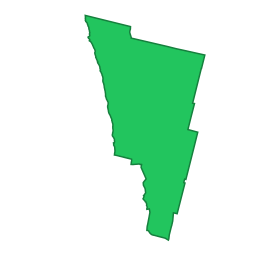 outline of Wanneroo, Western Australia, Australia, rotated 14°
{"feature_id": "25037944B9363307042095", "entity_name": "Wanneroo", "entity_type": "district", "adm_level": 2, "iso_a3": "AUS", "parent_name": "Australia", "parent_adm1": "Western Australia", "projection": "mercator", "projection_center": [115.695, -31.653], "detail": "fine", "context": "isolated", "style": "filled", "palette": "green", "viewbox_px": 256, "rotation_deg": 14, "n_neighbors": 0, "source": "geoboundaries", "source_scale": "gbopen_adm2", "svg_char_len": 5043}
<svg xmlns="http://www.w3.org/2000/svg" viewBox="0 0 256 256"><g transform="rotate(14 128 128)"><path d="M184.9,38.6L178.1,38.8L165.5,39.1L156.0,39.4L145.8,39.4L109.4,40.0L109.4,39.8L109.3,39.5L109.1,39.2L108.7,38.5L106.9,35.5L106.5,34.7L106.4,34.3L106.4,34.1L106.3,32.8L106.4,31.9L106.4,31.4L105.9,29.0L59.3,29.1L59.6,29.9L59.7,30.1L59.7,30.3L59.9,30.8L59.9,31.1L60.1,31.3L60.2,31.6L60.1,32.3L60.3,32.6L60.5,33.0L60.6,33.3L60.7,33.7L60.6,33.8L60.6,34.0L60.9,34.3L61.2,34.6L61.3,34.9L61.6,35.1L62.0,35.3L62.3,35.5L62.9,36.0L63.2,36.3L63.3,36.7L63.5,36.9L63.6,37.1L63.7,37.4L64.0,37.7L64.2,37.9L64.3,38.1L64.4,38.5L64.7,38.9L65.1,39.2L65.7,40.1L65.8,40.4L65.9,40.6L66.0,40.9L66.0,41.2L66.3,41.7L66.5,42.0L66.7,42.3L66.8,42.5L67.0,42.8L67.1,43.0L67.2,43.4L67.3,43.7L67.5,44.1L67.7,44.4L67.9,44.9L67.9,45.0L67.8,45.4L67.9,46.2L67.9,46.3L68.1,46.5L68.2,46.8L68.3,46.9L68.4,47.4L68.6,47.8L68.4,48.2L68.1,48.6L67.9,48.9L67.7,48.9L67.4,49.1L67.4,48.8L67.3,49.2L67.4,49.6L67.6,49.8L67.6,50.0L68.1,50.6L68.6,50.8L69.1,51.0L69.4,51.2L69.5,51.5L69.5,52.0L69.3,52.6L69.4,52.8L69.6,52.9L70.1,52.9L70.5,53.0L71.0,53.4L71.6,53.8L71.9,54.1L72.1,54.3L72.7,55.0L73.4,55.7L73.8,56.4L74.1,56.7L74.3,57.0L74.7,57.4L75.3,58.4L75.6,58.7L75.8,58.8L76.1,59.2L76.5,59.5L77.0,60.3L77.1,60.5L77.6,61.2L77.6,61.5L77.7,61.9L77.6,62.4L77.6,62.5L77.6,62.8L77.6,63.1L77.6,63.3L78.1,64.0L78.1,64.3L78.4,64.7L78.8,65.4L79.0,65.7L79.1,65.9L79.4,66.4L79.5,66.6L79.6,66.9L79.6,67.0L79.6,67.3L79.8,67.6L80.0,67.7L80.1,67.8L80.3,67.9L80.5,68.1L80.6,68.5L81.2,69.3L81.3,69.4L81.4,69.5L81.8,70.0L82.4,70.8L82.6,70.9L82.8,71.3L82.9,71.6L82.8,71.8L82.7,71.8L83.0,72.3L83.3,72.5L83.5,72.7L83.7,72.9L84.5,73.7L84.8,74.0L85.1,74.4L85.2,74.6L85.5,74.9L85.7,75.2L85.8,75.5L86.1,76.1L86.2,76.3L86.3,76.8L86.6,77.3L86.9,77.6L87.0,77.8L87.1,78.1L87.2,78.3L87.0,78.6L87.2,79.3L87.3,79.5L88.3,80.3L88.6,80.7L88.8,81.0L89.0,81.3L89.5,81.9L89.6,82.0L89.9,82.5L90.0,82.7L90.0,82.9L90.2,83.2L90.4,83.4L90.5,83.6L90.8,84.0L91.0,84.2L91.3,84.9L91.4,85.1L91.5,85.3L91.7,85.8L91.8,86.2L91.8,86.5L92.1,87.6L92.1,87.9L92.1,88.0L92.2,88.4L92.5,89.1L92.7,89.5L92.8,89.6L93.1,90.0L93.5,90.6L93.6,90.8L94.0,91.4L94.1,91.8L94.5,92.5L94.7,93.0L95.0,93.8L95.1,94.2L95.4,94.8L95.5,95.0L96.1,96.2L96.3,96.6L96.6,97.2L96.9,97.7L97.1,98.2L97.3,98.8L97.4,99.0L97.7,99.7L97.8,100.0L98.1,100.9L98.2,101.2L98.3,101.6L98.3,101.8L98.6,102.7L98.7,103.0L99.0,103.2L99.1,103.3L99.8,104.6L100.0,104.9L100.1,105.0L100.3,105.5L100.7,105.8L101.1,106.1L101.5,106.7L101.6,106.8L101.7,107.0L102.1,107.4L102.4,107.8L102.8,108.6L102.8,109.2L102.9,109.6L103.0,110.2L102.9,111.3L102.9,111.5L103.1,112.0L103.1,112.3L103.1,112.5L103.3,112.7L103.3,112.9L103.5,113.3L103.6,113.5L103.9,114.1L104.1,114.5L104.3,115.0L104.8,115.9L105.0,116.6L105.3,117.2L105.5,117.6L105.7,117.9L106.2,118.6L106.4,118.7L106.7,119.1L106.9,119.4L107.1,119.5L107.4,119.8L108.0,120.5L108.6,121.5L108.8,121.7L108.9,121.9L109.1,122.1L109.5,122.6L109.7,122.9L109.8,123.0L110.2,123.5L110.3,124.0L110.4,124.4L110.4,124.6L110.8,125.2L111.0,125.5L111.2,126.0L111.7,126.8L112.1,127.4L112.3,127.8L112.4,128.1L112.5,128.2L112.5,128.3L112.6,128.8L112.7,129.1L112.8,129.4L112.8,129.9L112.9,130.0L112.9,130.3L113.0,130.4L113.0,130.5L113.1,131.1L113.3,131.8L113.4,132.1L114.0,133.5L114.1,133.9L114.2,134.0L114.3,135.1L114.3,135.3L114.3,135.6L114.4,136.4L114.3,136.5L114.4,136.9L114.4,137.9L114.4,138.1L114.4,138.3L114.5,138.7L114.8,139.4L114.9,139.5L115.0,139.6L115.7,140.2L116.2,140.6L116.7,141.2L117.0,141.5L117.3,141.8L117.5,142.1L117.6,142.5L117.7,142.8L117.7,143.0L117.9,143.4L117.9,143.5L118.0,143.7L118.1,143.9L118.3,144.4L118.3,144.8L118.3,145.1L118.2,145.4L118.3,145.6L118.3,145.8L118.2,146.0L117.7,146.0L117.6,145.9L117.5,146.0L117.8,146.4L117.9,146.9L118.2,147.7L118.2,148.0L118.5,148.3L118.9,148.8L119.4,149.2L119.5,149.4L119.8,150.1L120.0,150.7L120.2,151.2L120.4,152.0L120.7,152.4L120.7,152.8L120.8,152.9L120.9,153.5L121.1,154.5L121.1,155.6L121.2,156.4L121.3,156.9L121.4,157.5L121.7,157.4L139.0,157.4L139.2,157.9L139.4,158.5L139.5,160.4L139.8,162.6L141.8,162.2L142.3,162.0L147.6,160.2L147.8,160.2L148.1,160.2L148.6,160.5L148.8,160.5L149.3,160.2L149.7,160.1L150.0,160.1L150.2,163.0L157.9,173.0L156.3,176.5L156.0,177.4L156.8,179.8L159.3,182.7L160.8,186.7L159.5,189.9L160.1,190.1L160.0,191.8L159.7,193.1L162.6,195.1L162.7,195.3L163.0,195.2L164.5,197.2L164.8,198.8L165.4,199.4L165.8,200.0L165.8,201.8L166.1,202.2L166.1,202.3L168.3,201.4L169.6,204.4L169.7,204.7L169.7,205.2L170.0,209.3L170.1,211.6L170.4,216.4L170.4,218.5L170.5,219.4L171.1,222.8L171.7,222.7L172.1,222.7L172.3,222.7L172.7,222.8L172.9,222.9L173.2,223.2L174.1,224.1L174.5,224.5L176.0,225.4L176.7,225.6L177.2,225.8L177.5,225.8L178.9,225.8L190.4,225.9L191.0,226.0L194.3,227.0L194.4,226.0L194.4,225.6L194.0,222.5L193.9,221.8L193.9,213.4L194.0,212.1L193.9,208.2L193.9,207.5L192.6,199.3L196.4,199.3L196.6,167.6L195.3,167.6L195.3,163.9L196.6,163.9L196.7,131.9L196.7,115.2L186.5,115.0L186.5,101.5L186.6,88.2L184.7,88.3L184.7,52.3L184.9,52.3L184.9,38.6Z" fill="#22c55e" stroke="#15803d" stroke-width="1.5"/></g></svg>